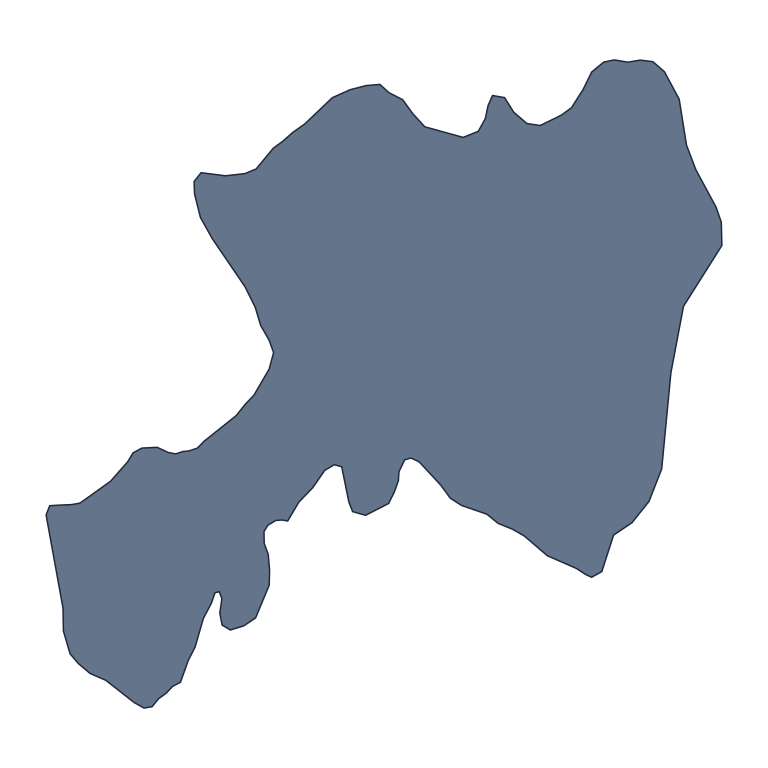 outline of Dhamar
{"feature_id": "YEM-153", "entity_name": "Dhamar", "entity_type": "Governorate", "adm_level": 1, "iso_a3": "YEM", "parent_name": "Yemen", "parent_adm1": "", "projection": "equal_earth", "projection_center": [44.123, 14.553], "detail": "fine", "context": "isolated", "style": "filled", "palette": "slate", "viewbox_px": 768, "rotation_deg": 0, "n_neighbors": 0, "source": "natural_earth", "source_scale": "10m", "svg_char_len": 1761}
<svg xmlns="http://www.w3.org/2000/svg" viewBox="0 0 768 768"><path d="M144.1,708.1L134.2,702.6L105.8,680.3L90.1,673.5L78.5,663.7L70.1,653.9L63.4,631.0L63.0,608.1L46.1,515.0L49.7,505.7L59.6,505.1L71.5,504.6L80.0,503.1L110.6,481.2L127.8,461.6L133.0,452.9L141.8,448.1L157.1,447.3L168.0,452.4L175.6,453.9L183.0,451.5L188.5,451.0L197.2,448.2L204.5,440.9L236.2,415.6L245.3,404.2L253.9,395.2L269.1,369.2L273.6,352.5L269.0,340.0L260.7,325.5L255.3,307.5L245.1,286.9L212.1,238.4L200.4,217.4L194.5,193.8L194.1,181.5L201.1,172.7L225.4,175.8L244.9,173.6L256.1,169.0L273.3,148.2L283.1,141.0L292.9,132.3L304.7,124.0L332.3,97.7L350.1,89.7L366.0,85.6L379.9,84.4L389.0,92.7L402.6,99.6L412.9,113.8L424.8,126.8L463.1,137.4L478.3,131.3L485.3,118.6L488.1,105.5L492.5,95.5L504.6,97.6L513.7,112.2L526.9,123.5L540.2,125.5L561.4,115.1L571.5,107.7L583.2,89.3L591.7,72.0L603.7,62.1L614.4,59.9L627.8,62.2L640.2,60.1L652.9,61.7L664.4,71.7L679.2,99.2L686.5,145.1L695.9,169.8L716.0,207.0L721.3,222.2L721.9,245.5L683.5,306.3L670.9,372.8L661.7,468.9L649.0,501.4L632.0,522.7L613.6,535.1L601.8,571.6L591.6,577.3L585.5,574.4L576.3,568.4L547.4,555.8L524.3,536.0L512.4,529.2L498.1,523.4L486.9,514.2L461.6,505.5L450.3,498.2L440.9,485.3L419.1,461.8L410.9,458.0L404.7,459.8L399.0,471.6L398.4,480.7L394.3,492.1L388.6,503.5L365.6,515.3L352.6,511.6L348.9,502.1L341.7,466.8L334.3,464.7L324.7,470.4L313.0,487.4L298.9,502.1L287.7,521.0L282.2,520.0L275.7,520.5L267.8,525.3L264.0,531.6L264.2,543.3L268.2,554.3L269.6,569.8L269.2,585.2L255.6,617.9L243.7,625.9L230.3,630.0L222.1,625.1L219.8,613.0L221.9,598.6L219.3,591.8L215.0,592.7L211.4,603.2L203.4,618.4L195.0,647.3L188.2,660.6L180.5,682.2L172.6,686.4L166.2,693.2L158.5,698.8L152.1,706.7L144.1,708.1Z" fill="#64748b" stroke="#1e293b" stroke-width="1.5"/></svg>